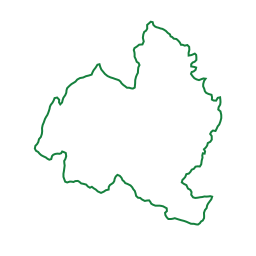 the district of Engenheiro Navarro, Minas Gerais, Brazil, rotated 174°
{"feature_id": "56859067B42311987852102", "entity_name": "Engenheiro Navarro", "entity_type": "district", "adm_level": 2, "iso_a3": "BRA", "parent_name": "Brazil", "parent_adm1": "Minas Gerais", "projection": "natural_earth1", "projection_center": [-44.019, -17.298], "detail": "fine", "context": "isolated", "style": "outline", "palette": "green", "viewbox_px": 256, "rotation_deg": 174, "n_neighbors": 0, "source": "geoboundaries", "source_scale": "gbopen_adm2", "svg_char_len": 3841}
<svg xmlns="http://www.w3.org/2000/svg" viewBox="0 0 256 256"><g transform="rotate(174 128 128)"><path d="M63.3,28.2L61.8,30.4L61.5,32.4L61.3,35.7L60.0,38.4L58.2,40.1L57.4,42.7L56.2,44.5L54.2,46.7L52.6,48.4L51.5,50.9L53.3,51.6L55.3,51.5L57.4,51.6L59.1,51.9L61.4,51.6L63.3,51.6L66.0,51.4L68.4,51.4L70.5,52.2L72.1,55.0L71.5,57.6L72.5,60.0L74.7,61.5L75.9,65.1L78.3,66.6L80.2,68.3L79.2,70.8L77.8,71.8L76.2,73.3L74.8,76.0L72.3,76.3L70.4,78.0L69.0,79.9L66.8,80.5L64.9,82.5L62.7,82.6L60.6,82.2L59.0,84.2L58.1,87.9L57.0,90.7L57.0,92.9L56.2,95.0L54.5,94.5L53.8,96.7L54.7,98.9L52.6,100.5L51.1,102.3L50.2,104.7L47.6,105.7L45.9,107.7L45.6,111.3L46.9,113.5L45.6,115.4L43.8,116.6L41.3,115.9L39.8,118.2L38.6,120.3L36.9,121.9L35.4,124.9L34.2,128.1L33.9,131.3L34.3,134.9L36.3,136.9L35.7,139.2L33.9,141.6L33.3,144.1L33.2,146.5L33.2,148.9L35.6,148.6L37.5,146.0L40.0,146.4L41.6,147.5L41.2,149.9L41.5,152.3L44.3,153.4L46.6,154.8L47.7,156.6L48.1,159.2L48.9,161.5L48.6,163.9L47.4,166.9L45.7,168.9L47.8,169.4L49.9,168.9L52.4,168.2L54.8,169.2L56.8,170.6L58.3,172.7L59.7,175.2L58.8,177.0L56.8,177.4L54.7,178.8L53.9,181.0L55.7,181.8L58.7,182.6L58.5,184.8L56.8,186.4L54.8,186.9L52.9,188.5L52.6,191.4L52.6,193.6L53.8,195.0L57.3,193.9L60.1,193.7L59.9,196.3L58.8,199.4L58.7,202.3L60.3,204.3L63.0,204.0L64.9,205.0L66.6,205.2L67.5,207.6L68.8,209.5L70.5,211.4L73.2,212.1L74.5,213.8L76.1,214.7L76.5,216.7L78.5,218.4L80.1,220.5L81.8,221.9L83.4,223.0L85.3,223.6L87.1,224.5L89.0,225.2L90.5,226.1L92.0,227.9L92.4,230.7L94.3,231.3L96.0,230.0L98.2,228.5L98.5,224.8L99.9,222.9L101.8,221.9L103.0,219.4L103.8,216.1L103.3,212.4L104.9,209.6L108.2,209.7L110.6,208.1L113.2,206.8L114.1,204.9L113.7,202.7L113.7,200.7L114.0,198.2L113.1,195.6L112.4,192.9L110.7,191.6L110.0,189.4L111.4,187.2L112.0,184.3L112.4,181.8L113.5,180.2L114.7,178.0L115.8,174.9L116.3,171.3L117.1,167.5L119.0,166.7L120.7,167.1L122.6,167.9L124.9,168.2L126.7,170.0L128.1,171.2L129.8,173.2L130.6,174.9L132.1,176.5L134.0,177.4L135.6,178.1L137.6,179.1L140.2,180.2L142.9,181.8L145.3,184.2L146.8,186.5L148.4,188.9L149.2,191.6L149.7,194.4L151.8,194.1L153.9,191.4L156.2,189.0L157.5,187.0L158.6,184.9L161.4,184.3L164.4,183.9L167.3,182.9L170.5,182.7L173.4,181.5L175.4,179.6L177.4,178.6L179.6,177.6L181.6,176.2L183.0,175.1L184.4,173.9L185.2,171.9L185.7,169.5L187.0,167.2L189.1,164.8L190.0,162.8L190.9,160.3L192.9,158.6L193.9,160.7L193.5,163.3L195.3,165.7L197.9,165.4L199.0,163.2L200.4,161.1L202.3,159.2L203.4,157.4L204.0,155.3L204.9,153.2L205.9,151.1L206.9,149.3L208.3,147.6L209.6,145.7L211.2,142.3L212.6,139.8L213.5,136.9L213.7,133.7L214.3,131.1L215.6,128.2L217.7,126.2L218.7,123.4L220.0,121.6L222.0,119.9L222.8,117.3L221.9,115.0L219.8,113.5L218.8,111.9L217.1,110.0L215.0,108.6L212.8,107.3L211.3,105.8L209.6,104.7L207.6,105.1L206.5,108.0L205.1,109.2L203.1,109.8L200.9,109.9L198.8,109.5L197.1,109.9L195.9,111.5L194.2,110.7L192.5,109.6L192.4,106.4L193.6,103.6L194.9,101.9L195.0,99.7L194.9,97.3L195.5,94.9L196.2,92.0L197.0,89.2L197.3,86.1L196.7,83.6L196.1,81.2L194.2,80.2L191.4,80.8L189.5,80.5L187.9,80.0L186.0,80.7L183.4,80.6L181.9,79.5L180.4,77.8L178.1,77.1L175.5,76.1L174.0,74.0L172.1,72.6L170.1,73.3L168.4,71.6L166.4,70.1L164.7,68.1L161.6,66.3L158.8,67.2L156.6,68.4L153.7,68.8L153.2,71.6L151.9,73.2L150.1,74.1L148.4,75.1L147.2,76.7L146.6,78.8L145.3,81.0L143.4,82.5L141.2,81.3L139.7,79.2L138.9,76.7L137.5,75.3L136.5,73.5L134.3,72.4L131.5,70.6L130.0,68.6L129.2,66.7L127.8,64.6L127.3,62.1L127.0,59.6L125.3,57.6L123.2,57.2L121.5,55.4L118.9,53.7L116.6,53.9L114.5,53.8L113.5,52.1L112.8,50.3L111.2,49.1L108.9,47.9L106.9,47.7L104.8,47.5L102.9,47.0L101.2,46.4L99.8,45.4L97.9,44.1L98.0,41.3L100.0,39.8L99.9,37.4L98.8,35.1L97.4,33.3L94.7,33.0L92.8,33.1L90.9,33.4L88.0,32.1L84.9,30.8L81.9,29.7L79.6,28.6L77.7,27.5L75.4,26.2L72.4,25.8L70.2,25.0L68.4,24.7L66.5,25.8L65.1,27.4L63.3,28.2Z" fill="none" stroke="#15803d" stroke-width="2"/></g></svg>